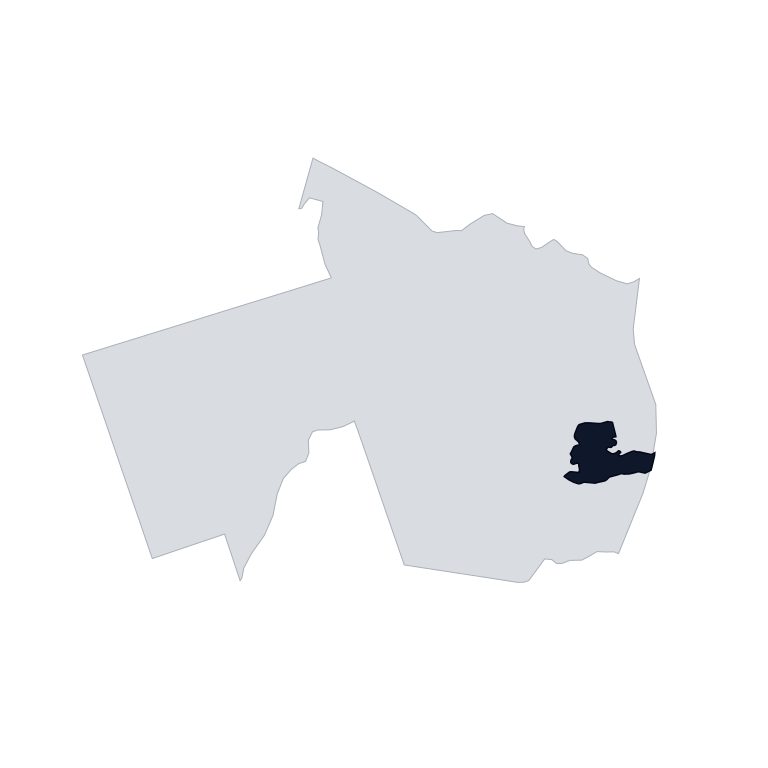 where Suchitepéquez sits in Guatemala, rotated 251°
{"feature_id": "GTM-1952", "entity_name": "Suchitepéquez", "entity_type": "Department", "adm_level": 1, "iso_a3": "GTM", "parent_name": "Guatemala", "parent_adm1": "", "projection": "robinson", "projection_center": [-91.398, 14.394], "detail": "fine", "context": "in_parent", "style": "filled", "palette": "ink", "viewbox_px": 768, "rotation_deg": 251, "n_neighbors": 0, "source": "natural_earth", "source_scale": "10m", "svg_char_len": 3641}
<svg xmlns="http://www.w3.org/2000/svg" viewBox="0 0 768 768"><g transform="rotate(251 384 384)"><path d="M147.3,550.5L150.3,547.0L153.0,539.0L156.2,530.8L154.2,521.3L153.1,513.6L156.7,502.4L156.4,493.9L158.1,488.7L163.4,485.4L166.3,479.0L151.0,456.9L151.0,451.8L153.0,445.6L165.5,422.0L180.2,393.9L196.5,362.9L206.3,344.3L242.1,344.2L265.7,344.2L295.7,344.2L328.3,344.2L349.7,344.1L358.6,343.9L357.1,331.8L358.2,318.4L362.1,306.3L362.1,300.9L355.7,294.3L343.3,290.5L336.4,284.7L336.4,277.3L333.4,268.4L327.4,258.0L314.9,247.3L296.1,236.4L280.0,221.8L266.8,203.4L255.6,191.5L247.0,186.6L244.9,183.9L270.2,184.2L294.0,184.4L294.2,158.0L294.3,134.6L294.4,108.1L337.7,108.2L389.3,108.2L442.8,108.3L484.9,108.3L509.6,108.3L508.6,141.1L507.4,179.2L506.5,207.1L505.4,244.4L504.2,282.5L502.5,334.5L501.5,368.0L502.0,368.8L516.1,367.2L536.9,368.7L542.0,368.6L548.4,371.5L553.3,372.4L564.0,379.9L576.4,385.7L584.3,374.1L580.1,367.1L577.0,363.6L577.4,360.5L620.7,390.4L615.7,395.0L604.7,405.7L584.9,423.9L567.0,440.3L549.9,455.1L534.5,468.4L532.6,469.7L513.0,479.2L509.8,483.6L505.6,502.4L503.7,507.1L507.2,517.6L510.8,533.7L509.7,542.2L496.1,552.6L489.9,561.9L487.2,568.0L484.7,566.4L480.5,565.9L470.8,568.3L466.1,568.8L462.2,571.5L461.8,577.3L464.4,586.7L465.4,591.6L462.7,593.9L450.7,599.5L446.0,605.1L441.5,613.8L436.2,617.5L430.8,616.8L426.9,618.1L418.6,624.6L406.1,637.2L399.5,646.6L399.3,653.6L400.6,659.9L355.1,637.6L340.0,633.8L276.1,634.3L248.8,625.6L217.6,608.7L196.5,593.4L147.3,550.5Z" fill="#d9dde1" stroke="#a8b0b8" stroke-width="1"/><path d="M228.1,616.5L218.0,610.1L215.5,608.4L215.4,607.3L214.7,601.9L218.1,596.3L218.2,596.0L218.3,595.1L218.6,590.7L219.1,586.7L220.6,581.7L221.9,579.5L222.0,578.8L222.1,578.0L222.0,576.2L222.6,567.4L222.5,566.4L221.0,563.4L220.8,562.7L220.6,562.0L220.5,561.2L221.4,553.3L221.4,552.9L221.4,552.4L221.4,551.6L226.1,541.0L226.0,539.7L225.9,537.9L226.0,536.4L226.1,536.0L226.4,535.2L226.8,534.7L229.4,531.3L233.0,527.8L237.8,524.2L238.4,525.0L238.7,525.6L240.2,530.0L240.3,530.7L240.4,531.2L239.8,533.1L237.0,539.1L238.8,540.9L244.1,541.7L245.7,542.2L246.3,540.4L246.4,539.3L246.3,537.6L246.4,537.2L246.5,536.8L246.7,536.5L247.0,536.1L247.6,535.7L248.0,535.4L248.7,535.1L249.6,535.2L251.4,536.2L252.7,537.9L252.8,538.0L255.5,537.8L256.8,537.4L257.2,537.5L257.6,537.6L258.8,539.1L262.3,542.5L262.8,543.2L263.0,543.8L263.2,544.9L263.2,546.1L263.2,546.5L262.9,548.1L262.9,548.5L263.0,548.9L263.3,549.1L263.7,549.3L266.3,548.9L269.6,547.0L270.7,546.8L271.9,546.9L272.6,547.0L273.7,547.5L275.3,548.6L279.9,552.5L280.7,553.3L281.5,554.2L281.9,554.9L282.1,556.2L281.9,559.2L281.9,561.0L280.2,566.0L276.9,573.7L276.1,576.0L275.8,582.5L275.7,583.2L275.5,583.7L274.9,584.6L273.9,586.9L273.2,587.5L259.4,586.3L258.6,586.1L259.2,582.9L257.9,581.5L255.8,584.1L254.8,584.8L253.6,584.8L252.8,584.7L252.4,584.4L251.8,584.0L251.3,583.5L251.0,583.1L250.9,582.7L250.9,582.3L250.9,581.9L251.2,580.8L251.2,580.3L251.0,579.9L250.5,579.0L250.3,578.7L250.2,578.4L250.2,578.0L250.3,577.6L250.4,577.3L251.2,575.9L251.2,575.4L251.0,574.7L250.2,573.4L249.7,573.0L249.3,572.8L248.3,573.1L247.8,573.4L244.4,576.2L244.0,576.7L243.8,576.9L243.6,577.6L243.3,578.7L243.3,579.6L243.3,580.4L243.5,581.6L243.8,582.3L244.3,583.5L244.5,583.8L244.5,584.1L244.3,584.5L243.9,584.9L243.0,585.5L242.5,585.6L242.2,585.5L242.0,585.2L241.7,584.2L241.3,583.5L240.4,582.8L239.2,583.6L239.0,584.1L238.8,585.0L238.7,586.7L238.8,587.7L239.2,590.9L239.5,596.4L239.3,598.6L238.6,599.6L238.0,600.3L237.4,601.4L236.5,603.7L230.7,613.1L230.4,613.9L230.3,614.5L230.7,616.6L230.9,617.7L228.1,616.5Z" fill="#0f172a" stroke="#020617" stroke-width="1.5"/></g></svg>